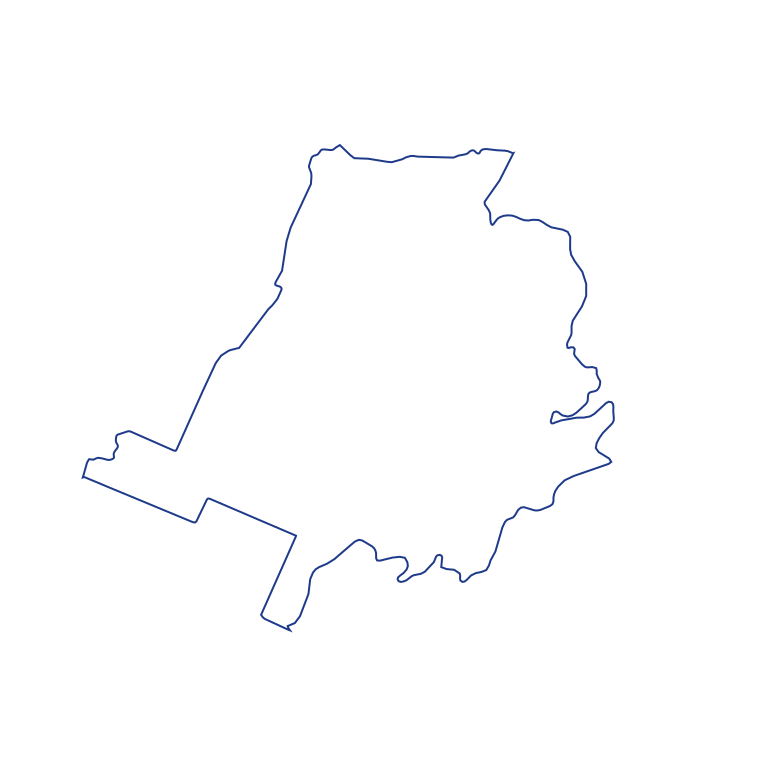 Tashauz, Robinson projection, rotated 114°
{"feature_id": "TKM-353", "entity_name": "Tashauz", "entity_type": "Province", "adm_level": 1, "iso_a3": "TKM", "parent_name": "Turkmenistan", "parent_adm1": "", "projection": "robinson", "projection_center": [58.681, 41.132], "detail": "fine", "context": "isolated", "style": "outline", "palette": "blue", "viewbox_px": 768, "rotation_deg": 114, "n_neighbors": 0, "source": "natural_earth", "source_scale": "10m", "svg_char_len": 4318}
<svg xmlns="http://www.w3.org/2000/svg" viewBox="0 0 768 768"><g transform="rotate(114 384 384)"><path d="M362.7,144.7L365.5,146.2L390.7,173.1L398.5,179.8L406.8,183.1L412.0,184.0L415.4,183.8L418.8,183.0L422.2,181.5L425.2,181.2L428.0,182.8L435.4,189.9L437.1,192.3L438.2,195.0L439.6,206.0L441.2,208.6L444.6,210.3L450.5,210.9L453.3,211.7L458.0,216.3L460.9,217.4L466.9,217.5L491.7,214.1L501.9,214.9L507.1,214.3L512.4,214.9L516.1,218.6L519.4,223.2L523.5,226.6L528.7,228.5L531.5,229.9L532.9,231.8L532.5,234.2L530.6,235.5L528.2,236.4L526.3,237.7L525.2,244.4L527.6,251.5L528.0,257.2L521.0,259.6L520.9,259.6L518.9,260.2L517.5,261.6L517.4,263.5L518.7,265.5L520.4,266.2L526.4,266.0L538.8,270.3L542.3,273.0L545.0,276.8L546.3,278.7L548.1,280.4L553.7,283.4L555.4,284.7L556.8,286.3L558.0,288.3L558.2,290.4L556.8,292.2L555.0,292.5L552.7,291.5L548.6,289.2L544.2,287.9L540.5,288.2L537.3,290.2L534.3,294.2L535.4,299.2L539.1,305.6L547.0,315.8L548.0,318.5L546.4,320.3L541.6,322.5L539.6,324.2L538.1,326.2L537.2,328.7L535.8,340.2L536.6,343.6L539.9,346.6L552.9,352.8L564.2,358.1L571.4,363.0L577.8,368.9L581.2,371.1L585.3,372.2L592.4,372.0L606.6,367.6L630.3,366.3L638.6,368.2L644.3,373.5L645.0,372.9L645.8,372.2L647.3,369.7L647.4,372.5L647.1,397.3L646.5,399.6L644.9,402.4L559.3,402.5L558.4,402.7L559.7,495.9L559.9,497.6L560.6,498.5L562.1,498.8L585.6,499.5L587.2,500.1L587.8,501.5L588.0,503.4L589.1,546.8L590.3,593.4L590.9,620.1L591.9,621.1L576.6,623.3L572.8,622.9L572.5,622.3L572.0,620.9L571.6,619.4L571.4,618.8L570.1,617.6L569.0,616.7L568.3,615.9L567.8,615.3L567.5,614.6L566.6,611.2L565.8,606.1L565.4,604.8L565.0,603.9L564.3,602.9L562.9,601.5L561.9,600.9L561.0,600.8L560.4,601.1L557.9,602.5L556.7,602.7L555.1,602.6L551.8,601.8L550.2,601.6L549.0,601.8L548.4,602.2L547.9,602.7L546.5,604.6L546.0,605.1L545.4,605.6L544.1,606.2L542.6,606.8L540.3,607.3L539.3,607.1L538.6,606.7L531.7,599.1L530.8,597.7L530.5,595.9L530.3,549.3L530.0,547.6L529.4,547.0L527.8,546.8L463.2,546.7L433.3,546.2L424.4,544.4L417.3,539.8L415.8,538.5L409.9,531.0L362.7,520.1L357.4,518.0L349.5,516.0L340.1,516.0L339.2,516.1L338.6,516.4L338.1,516.8L337.7,517.5L337.5,518.2L337.4,519.0L337.8,522.7L337.6,523.5L337.0,524.1L334.8,524.4L322.0,523.2L293.1,531.1L279.1,532.9L231.1,532.1L223.6,534.8L220.9,536.3L216.5,540.6L215.6,541.1L214.8,541.3L207.4,542.2L206.2,542.1L205.4,541.8L204.7,541.4L204.1,541.0L203.6,540.5L202.9,539.5L201.9,538.5L201.3,538.1L200.6,537.7L196.2,536.7L195.5,536.3L195.0,535.9L194.6,535.3L193.8,533.5L191.9,527.6L191.4,526.8L190.5,525.7L187.1,523.9L183.7,521.5L188.7,507.6L189.8,503.0L184.6,490.0L179.7,471.4L178.2,467.1L171.4,458.9L167.9,456.0L165.1,452.7L164.3,451.3L163.8,450.2L162.4,445.3L149.0,412.8L148.5,412.2L144.9,408.7L141.4,403.5L139.9,401.9L139.1,401.3L136.6,400.2L135.8,399.6L134.6,398.4L134.2,397.5L134.2,396.5L134.4,395.7L135.1,393.9L135.2,392.9L135.2,391.7L134.6,391.0L134.1,390.7L132.6,390.6L131.6,390.4L130.5,389.9L129.3,388.9L128.6,387.8L127.6,385.8L124.6,376.1L121.6,368.3L120.9,365.5L120.7,359.8L120.6,359.7L124.9,359.9L151.2,361.2L162.3,363.4L176.7,366.2L179.0,364.9L182.7,358.8L185.0,356.4L190.5,353.8L193.0,352.2L194.4,350.7L194.6,349.8L193.8,349.1L187.9,347.8L186.1,347.0L184.4,345.9L181.8,343.2L179.6,339.6L178.1,335.6L177.6,331.6L177.7,326.6L177.3,322.4L175.9,318.6L173.4,314.7L171.3,309.5L171.5,305.0L172.4,300.3L172.8,294.9L170.3,283.5L170.3,278.0L173.7,273.8L185.0,268.9L189.8,265.6L194.3,259.6L200.8,248.5L210.3,240.0L221.3,235.1L232.6,234.7L249.2,237.3L254.6,236.3L261.1,233.4L263.4,232.9L271.4,233.3L273.6,232.8L276.2,231.1L275.9,229.7L274.4,228.2L273.5,225.9L274.5,224.0L279.0,222.7L280.7,221.0L285.5,211.0L286.5,207.6L286.3,205.4L283.8,200.5L283.2,196.7L285.2,195.1L288.3,193.8L291.3,190.7L292.4,189.0L293.6,187.6L295.8,186.7L298.4,186.2L301.0,186.3L303.2,187.0L304.9,188.6L307.6,192.2L309.5,193.2L311.4,193.0L315.6,191.4L317.7,191.0L320.3,191.5L331.9,196.5L335.9,199.1L338.9,202.8L340.1,207.9L339.7,210.6L339.0,213.0L339.0,215.3L340.4,217.2L342.3,217.7L349.8,216.6L351.3,215.8L351.7,214.6L351.1,213.4L349.8,212.2L345.1,207.2L336.4,194.3L333.3,187.6L329.7,182.5L325.6,179.6L311.0,173.3L308.8,171.5L308.1,168.7L309.2,166.6L311.4,165.2L315.8,163.4L322.0,160.0L324.2,159.3L327.0,159.4L339.6,164.1L345.6,165.3L351.6,165.7L356.4,164.4L358.9,160.2L360.5,148.0L362.7,144.7Z" fill="none" stroke="#1e3a8a" stroke-width="2"/></g></svg>